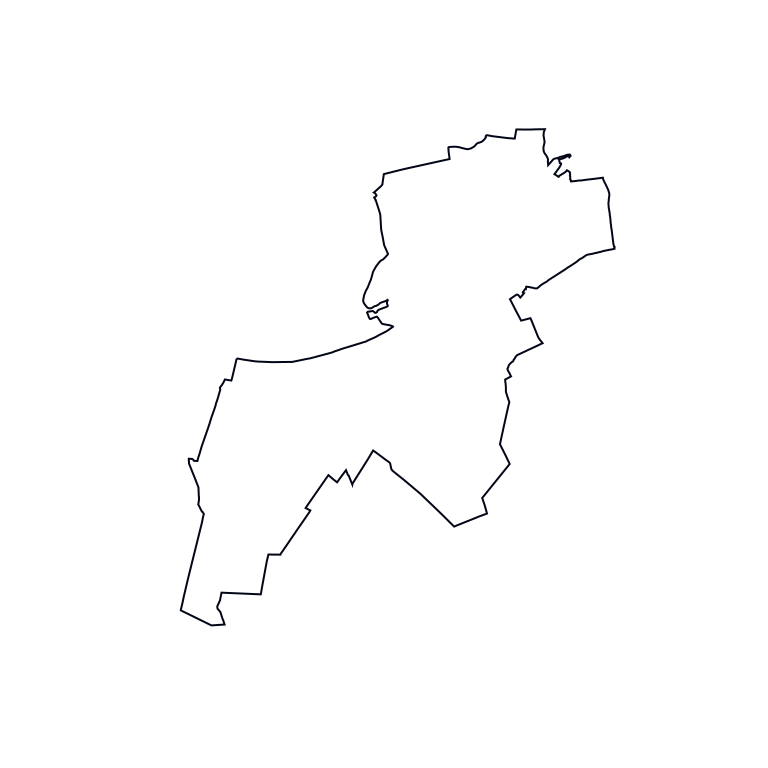 Ortisoara, Timis, Romania (Natural Earth projection), rotated 322°
{"feature_id": "2599482B24150767318125", "entity_name": "Ortisoara", "entity_type": "district", "adm_level": 2, "iso_a3": "ROU", "parent_name": "Romania", "parent_adm1": "Timis", "projection": "natural_earth1", "projection_center": [21.264, 45.956], "detail": "fine", "context": "isolated", "style": "outline", "palette": "ink", "viewbox_px": 768, "rotation_deg": 322, "n_neighbors": 0, "source": "geoboundaries", "source_scale": "gbopen_adm2", "svg_char_len": 6125}
<svg xmlns="http://www.w3.org/2000/svg" viewBox="0 0 768 768"><g transform="rotate(322 384 384)"><path d="M433.8,524.4L435.9,514.8L438.3,502.8L438.6,502.6L451.2,492.1L468.3,478.0L471.6,475.5L472.7,472.0L475.2,465.3L475.6,464.8L478.7,460.7L479.2,459.8L479.8,459.0L480.3,458.2L480.7,457.3L482.2,455.1L488.8,456.2L489.0,455.0L489.5,453.1L489.8,450.3L490.5,448.1L492.6,447.0L493.1,446.6L494.2,446.0L494.8,445.8L496.3,445.6L497.7,445.5L498.4,445.4L499.8,445.6L500.9,444.8L501.4,444.7L503.0,444.3L504.1,443.7L506.6,443.2L534.1,449.5L534.1,443.6L534.5,441.4L538.8,426.6L539.4,424.5L539.9,422.3L539.6,422.0L538.5,421.7L531.1,418.5L533.0,407.7L533.9,403.1L534.2,401.7L535.5,394.7L537.3,394.8L541.0,395.0L543.2,395.2L543.9,395.4L544.3,396.0L544.6,396.8L544.6,398.8L544.6,399.8L545.8,399.6L550.3,398.6L549.8,397.5L549.8,397.2L553.7,396.1L554.2,396.6L555.9,394.9L556.1,394.9L558.6,397.5L559.0,398.2L560.4,399.6L561.5,401.2L562.8,402.4L563.4,402.8L563.6,402.8L565.4,402.9L568.5,402.7L571.1,402.9L573.5,403.2L574.2,403.4L575.9,403.5L576.8,403.4L579.8,403.6L597.9,405.3L599.9,405.3L605.3,405.9L611.0,406.3L614.7,406.2L615.8,406.3L617.4,406.7L622.7,407.0L624.0,407.4L628.8,409.9L630.1,410.4L633.1,411.9L634.4,412.4L636.8,413.6L638.2,414.0L643.4,416.6L643.9,416.8L646.0,418.0L648.9,419.3L649.1,418.7L649.4,418.5L649.9,418.2L649.7,418.0L649.7,417.8L650.1,417.0L651.1,414.7L658.9,401.7L659.0,401.3L659.6,400.1L660.2,399.4L660.8,398.5L661.0,398.0L661.2,397.7L662.2,395.9L663.0,394.9L665.2,391.3L666.1,389.6L666.6,389.1L666.9,388.5L668.7,385.2L669.0,384.8L669.3,384.0L670.4,382.3L672.2,379.6L674.1,377.8L674.7,377.0L675.5,376.2L677.2,374.6L678.7,372.8L679.7,370.4L679.8,370.0L680.2,369.1L681.1,365.2L681.9,361.3L681.9,360.9L682.1,360.4L682.7,357.7L683.5,356.2L676.7,352.2L669.2,347.6L664.5,344.9L662.8,343.6L660.5,342.3L657.1,340.2L656.1,339.6L656.1,339.3L656.4,339.2L656.6,339.0L656.7,338.6L656.8,338.1L656.7,337.4L656.7,337.2L656.9,336.9L657.6,336.4L657.9,336.0L658.3,335.4L658.6,334.4L658.9,334.2L659.6,333.6L660.2,332.7L660.3,332.6L660.4,332.4L660.4,332.1L660.7,331.8L660.8,331.3L660.7,331.0L660.8,330.9L660.7,330.6L659.7,328.2L658.8,328.5L657.2,328.6L655.4,328.5L653.8,328.2L652.8,328.2L652.3,328.1L650.4,327.9L649.9,328.0L649.2,328.3L649.0,328.0L648.8,327.4L648.4,326.0L647.5,323.6L655.6,321.3L657.5,320.5L658.9,319.8L659.2,319.5L659.3,319.0L658.6,318.1L660.0,315.1L660.0,314.8L663.8,316.4L665.5,316.8L669.7,317.6L669.9,317.9L669.6,319.4L671.5,319.1L671.5,318.3L671.7,318.1L671.7,317.6L671.1,317.1L669.9,316.8L669.9,316.4L669.1,316.0L666.7,315.3L663.7,314.1L662.7,313.5L661.0,313.2L660.3,312.9L659.1,312.3L658.3,312.0L656.7,311.3L655.7,311.2L648.1,312.6L650.3,309.3L651.6,307.9L652.3,305.7L652.6,303.3L652.6,301.0L653.2,298.8L654.4,296.9L655.4,295.6L657.5,293.9L659.4,292.3L660.8,290.0L662.7,286.4L664.9,284.0L667.7,282.3L660.7,277.0L655.2,273.0L645.0,264.9L638.1,271.1L633.1,266.6L622.0,255.5L618.3,251.3L617.3,251.1L616.6,251.4L616.3,252.2L614.8,252.8L611.9,253.3L609.9,253.2L607.5,252.4L606.0,251.8L604.5,251.8L603.0,252.1L602.1,252.3L601.4,252.4L600.5,252.3L597.6,251.9L594.4,250.5L593.1,249.0L590.4,245.6L589.3,244.0L587.8,242.4L586.4,241.0L582.7,238.3L580.9,237.2L580.3,237.3L578.2,240.3L574.2,247.1L535.3,228.5L530.2,226.1L513.1,218.5L506.1,225.2L505.6,225.8L503.0,226.3L493.9,226.9L494.3,227.6L494.4,228.3L494.3,230.5L494.2,230.8L492.7,231.2L491.2,230.9L491.0,231.0L491.0,231.7L490.9,232.7L490.5,233.9L490.7,234.0L486.3,246.0L485.3,248.3L476.7,260.8L474.6,265.0L474.2,265.9L469.6,274.7L469.2,276.1L469.1,276.6L467.3,283.8L466.6,284.3L461.8,285.1L459.7,285.2L456.9,284.8L454.6,285.3L450.3,286.4L445.4,288.4L444.1,289.1L441.1,291.4L437.7,293.8L435.1,295.2L431.3,297.5L429.3,298.5L427.6,299.1L423.3,301.6L422.4,302.3L419.9,304.5L418.8,305.6L418.3,306.7L417.9,308.2L417.8,311.7L417.9,313.2L418.4,314.6L419.5,315.8L420.3,316.3L422.1,316.7L423.6,316.8L424.8,317.0L425.9,317.6L428.4,318.0L430.4,317.8L431.9,318.1L433.5,318.6L435.3,319.3L436.8,319.7L438.6,319.9L438.5,320.4L436.9,321.1L435.9,322.4L435.1,324.8L434.1,324.9L432.6,324.5L429.6,323.5L425.3,322.2L424.0,322.3L423.3,322.8L422.6,323.0L421.5,322.9L420.8,322.4L420.6,322.0L420.6,321.0L420.1,319.6L419.0,318.9L417.9,318.4L416.9,317.8L416.1,317.2L415.3,317.1L414.6,317.3L413.9,320.1L413.4,321.2L413.2,322.3L413.0,323.3L412.9,323.8L413.4,324.5L414.4,324.9L416.1,325.2L419.8,326.5L420.0,327.7L419.5,334.6L419.8,335.7L421.3,337.5L424.1,340.6L425.1,341.8L426.4,343.9L426.4,344.4L418.5,344.0L409.7,342.3L406.2,341.8L397.5,339.6L396.5,339.6L372.0,330.2L369.7,329.5L365.2,327.9L362.6,327.2L358.7,325.6L341.8,318.4L338.0,316.4L325.3,310.1L309.3,297.9L298.7,288.9L296.3,286.7L288.4,278.4L284.2,273.7L282.7,273.9L280.9,275.4L270.2,284.0L267.0,286.5L265.8,287.3L261.4,282.5L258.4,284.0L255.0,285.2L253.2,285.6L252.3,286.0L252.0,286.4L251.7,287.5L243.7,293.3L239.2,296.2L238.0,297.3L234.2,299.8L227.4,304.1L222.3,307.7L218.7,310.1L201.5,321.2L195.6,325.5L192.1,327.8L189.6,329.8L187.1,327.7L186.9,327.3L186.9,327.1L187.1,326.4L187.0,326.0L186.7,325.0L184.2,322.7L183.0,324.1L182.9,324.3L182.8,324.7L182.5,325.2L181.4,326.5L177.1,341.4L174.1,351.3L169.0,358.4L168.5,359.4L167.9,360.0L167.8,360.3L166.5,361.8L165.9,362.2L165.8,362.5L163.5,364.5L162.0,372.2L162.1,373.0L162.3,373.3L162.0,375.5L158.9,377.9L157.0,379.6L154.1,382.0L121.5,407.5L109.4,417.0L95.8,427.9L90.1,432.7L84.7,437.0L84.5,437.3L99.4,468.0L110.3,475.4L111.5,472.0L111.9,471.1L112.0,470.2L114.7,462.9L114.5,458.7L115.1,457.4L115.8,456.5L119.9,454.4L121.6,453.5L122.6,452.6L127.5,448.4L157.4,473.9L164.4,467.6L179.6,454.1L182.8,451.3L187.9,447.2L197.3,454.7L197.7,454.3L202.4,452.9L224.0,446.0L246.4,439.0L248.1,438.3L245.9,433.5L248.8,432.5L259.1,429.3L281.1,422.5L284.1,421.6L285.4,428.1L286.5,432.6L292.9,430.7L301.0,428.5L299.5,433.7L299.8,434.5L297.1,443.8L297.9,443.1L325.2,433.3L334.5,429.7L335.6,433.4L338.7,444.9L339.9,448.7L340.0,449.2L340.0,449.9L339.8,450.7L337.8,454.7L337.5,455.3L337.4,456.0L337.3,457.1L337.6,458.9L338.7,463.6L340.6,471.5L345.1,493.0L349.1,520.8L351.5,539.6L354.0,540.2L361.9,542.5L376.9,546.8L385.4,549.5L388.7,541.5L391.2,534.3L433.8,524.4Z" fill="none" stroke="#020617" stroke-width="2"/></g></svg>